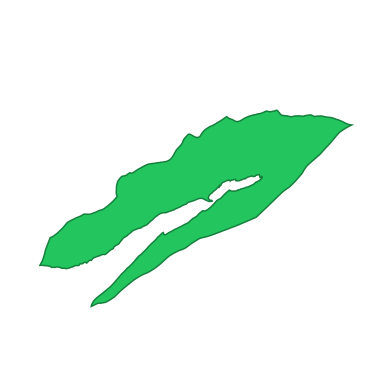 the district of Tálknafjarðarhreppur, Vestfirðir, Iceland, rotated 310°
{"feature_id": "244011B74336956547693", "entity_name": "Tálknafjarðarhreppur", "entity_type": "district", "adm_level": 2, "iso_a3": "ISL", "parent_name": "Iceland", "parent_adm1": "Vestfirðir", "projection": "robinson", "projection_center": [-23.889, 65.645], "detail": "fine", "context": "isolated", "style": "filled", "palette": "green", "viewbox_px": 384, "rotation_deg": 310, "n_neighbors": 0, "source": "geoboundaries", "source_scale": "gbopen_adm2", "svg_char_len": 6021}
<svg xmlns="http://www.w3.org/2000/svg" viewBox="0 0 384 384"><g transform="rotate(310 192 192)"><path d="M39.5,188.4L46.2,191.4L46.7,191.7L47.9,193.3L49.5,194.7L51.3,196.2L52.2,196.8L54.8,197.9L57.3,198.7L60.6,199.7L62.3,200.1L69.1,200.7L73.4,201.3L86.4,203.8L89.9,204.8L94.4,206.3L97.5,207.6L101.7,209.8L103.4,210.5L107.1,211.8L110.7,212.8L116.5,214.0L126.0,215.2L129.0,215.9L133.0,217.2L136.5,218.7L138.6,219.6L143.0,222.2L144.2,222.7L146.2,223.3L152.6,224.8L160.3,227.3L161.8,228.0L164.9,230.2L168.0,232.5L172.4,235.2L196.0,248.4L213.9,257.4L231.7,259.4L249.2,261.2L252.1,261.7L258.2,263.3L260.8,263.7L266.4,264.2L276.2,264.4L277.6,264.3L280.9,263.6L285.2,263.3L286.8,263.3L303.1,265.8L310.9,266.1L318.6,266.5L330.5,266.5L333.0,266.7L338.5,268.3L340.3,268.9L343.9,270.3L346.0,271.3L345.0,269.6L344.0,267.5L343.2,264.6L342.5,261.4L341.5,258.3L339.7,253.8L339.2,252.2L337.6,249.4L335.4,246.2L333.8,242.9L333.2,242.0L331.9,240.6L330.4,238.9L328.7,237.5L328.3,236.4L327.6,233.9L327.3,233.3L324.8,230.9L323.0,229.5L321.4,228.4L320.8,227.6L319.6,225.6L317.4,223.1L316.3,221.9L313.9,220.1L313.1,219.2L311.4,215.8L308.9,212.2L308.5,211.2L308.4,209.9L309.3,205.4L309.3,204.6L308.7,204.0L307.0,203.0L304.3,200.9L303.2,199.6L302.1,197.4L301.5,196.7L298.7,195.5L296.0,193.9L294.0,192.1L292.3,191.1L290.1,189.3L287.0,187.2L285.2,186.2L282.2,184.8L277.4,183.2L275.3,181.7L274.5,180.7L273.9,179.0L273.6,177.2L273.3,176.1L272.8,174.8L272.3,173.7L272.2,173.0L272.2,172.5L272.0,170.1L265.7,168.4L258.7,166.0L256.3,165.1L253.5,163.6L249.0,162.2L246.3,161.8L244.2,161.8L240.1,162.3L239.1,162.3L238.3,162.1L237.0,160.7L236.5,159.9L236.0,158.7L235.1,153.8L234.7,153.0L234.1,152.3L233.7,152.1L229.0,151.8L227.2,151.9L225.7,152.2L223.4,153.1L222.1,153.2L220.4,153.3L215.4,153.0L213.6,153.1L206.9,154.4L205.1,154.5L203.7,154.5L202.2,154.2L200.7,153.7L198.5,152.5L186.4,141.6L184.7,140.3L181.3,138.7L174.4,136.0L169.8,134.7L168.0,134.1L167.7,133.9L167.0,132.4L166.5,131.9L164.5,131.3L162.5,130.9L161.5,130.3L159.6,128.7L158.8,128.3L158.0,128.1L156.5,128.0L152.7,128.2L151.3,128.7L148.0,130.4L142.5,134.6L141.8,135.4L140.5,137.6L134.2,137.4L129.2,136.8L124.1,135.7L121.9,135.1L121.0,134.7L120.1,134.2L118.3,132.9L114.1,130.9L109.7,128.4L107.1,125.4L106.2,124.0L105.1,123.2L102.4,122.4L97.5,119.8L90.3,116.7L88.6,116.2L87.7,116.1L81.4,116.1L74.5,115.4L69.6,114.4L67.7,113.7L65.9,112.7L53.7,116.9L50.0,118.8L44.5,121.1L42.1,121.9L39.0,122.4L38.0,122.7L39.6,124.3L40.2,125.5L41.8,127.6L43.2,129.9L43.9,131.3L43.9,132.8L45.6,134.8L46.8,136.0L47.5,136.4L47.9,136.8L48.7,138.2L49.0,138.8L49.6,139.6L49.6,140.7L50.2,141.5L50.4,142.1L51.1,142.7L51.7,143.3L52.0,144.4L52.6,145.1L54.6,146.6L55.2,147.0L56.6,147.6L57.6,148.5L60.3,149.7L62.0,151.4L62.7,152.4L63.5,152.6L64.5,152.4L65.2,152.6L65.5,152.8L65.8,153.5L66.5,154.0L67.1,154.3L68.4,154.5L68.7,154.6L70.1,156.3L70.2,156.6L69.8,156.7L69.8,156.9L70.1,157.1L71.1,157.2L72.7,157.1L73.1,157.2L74.2,157.9L74.9,158.9L76.6,158.7L78.5,159.0L79.7,159.8L81.9,160.9L82.6,161.4L82.8,161.7L83.5,161.8L84.0,162.4L85.6,162.9L87.3,164.3L88.0,165.4L88.3,165.6L90.7,166.2L94.9,166.8L96.4,167.3L97.2,167.8L98.2,168.0L99.0,167.7L99.9,167.6L101.8,167.9L102.7,168.1L103.8,168.8L104.6,169.1L106.1,169.3L107.1,169.1L112.5,169.0L117.2,170.5L118.7,170.5L121.0,171.1L123.4,171.4L125.1,171.9L126.2,172.5L129.7,174.4L131.4,175.8L132.0,176.1L133.4,176.3L135.7,177.5L138.4,178.6L141.9,178.9L145.5,179.6L148.6,179.8L153.1,180.9L154.7,181.4L157.1,182.8L159.4,185.3L163.8,187.8L164.4,188.4L165.5,188.7L166.8,189.8L168.1,190.1L172.3,192.1L173.3,192.7L175.3,193.2L178.3,194.9L178.7,195.2L179.2,195.4L181.4,195.6L182.1,196.0L183.3,196.9L187.2,199.3L189.8,200.6L191.4,201.5L192.2,202.2L193.4,203.5L194.0,204.9L194.6,207.6L195.0,208.7L195.2,209.6L195.6,210.9L195.9,211.5L197.8,213.3L198.1,213.3L198.3,212.6L198.0,211.9L197.3,211.2L197.2,210.4L197.4,209.3L197.7,208.8L198.5,208.0L200.0,207.4L202.1,207.4L203.3,207.6L204.6,208.1L205.8,207.9L209.8,208.8L211.4,208.7L211.7,208.9L212.3,208.9L212.8,209.7L213.1,209.8L213.2,209.7L212.9,209.6L212.4,208.8L212.7,209.0L214.5,208.8L214.8,209.4L213.9,209.5L214.0,209.7L215.3,209.4L215.6,209.0L216.4,209.2L215.9,209.7L216.1,209.8L216.6,209.2L217.7,209.4L218.6,209.2L220.1,209.9L221.1,210.5L222.7,211.1L223.3,211.6L224.3,212.1L224.2,212.3L224.7,212.9L225.1,212.9L225.6,213.8L225.2,214.2L225.5,214.2L225.8,214.5L226.2,214.6L226.5,214.7L228.3,216.2L228.9,216.5L229.6,217.2L228.9,218.2L229.0,218.4L229.1,218.9L229.4,219.1L229.8,219.8L231.1,221.0L234.2,222.7L235.5,223.2L235.8,223.4L236.0,224.2L238.6,224.8L240.2,225.8L243.0,227.8L243.1,228.0L243.1,228.8L243.2,229.1L244.0,229.6L244.2,229.9L244.8,230.2L245.8,230.2L246.8,231.0L248.4,232.1L248.5,232.3L248.4,232.7L248.0,233.2L248.0,233.6L247.5,233.9L247.4,234.4L246.9,234.7L247.1,234.9L247.6,235.3L248.8,235.5L248.8,235.9L248.5,236.0L248.4,236.3L246.9,236.8L246.1,236.2L245.3,236.2L245.1,236.5L244.1,236.4L243.7,236.0L242.4,235.6L241.8,235.6L241.3,235.2L241.2,234.9L240.9,234.7L237.5,234.2L235.2,233.2L232.4,231.9L231.0,231.0L230.2,230.3L229.0,229.8L225.7,227.5L223.9,226.7L223.3,226.2L223.2,225.9L221.3,225.3L220.2,224.2L219.9,223.7L219.1,223.0L218.2,221.9L218.0,221.3L217.6,220.3L217.7,219.6L217.4,219.4L213.7,218.7L211.4,218.4L205.4,218.1L202.8,216.9L200.9,216.5L196.4,216.4L192.4,216.1L189.9,215.6L187.5,215.0L186.0,214.2L185.4,213.8L184.6,212.3L184.1,212.1L181.0,211.5L179.5,211.3L176.8,211.2L175.1,210.8L172.5,209.8L171.0,209.5L166.5,208.9L165.4,208.6L161.4,206.8L159.1,206.0L156.4,204.7L154.1,203.8L151.3,202.4L150.0,202.1L145.8,200.3L143.6,199.7L142.3,199.1L141.7,198.6L141.5,198.0L141.5,197.5L142.3,196.5L142.5,196.0L141.2,195.5L136.9,195.1L135.2,194.7L133.4,194.9L130.4,194.7L126.5,194.1L124.7,194.0L123.4,193.8L119.2,193.8L114.8,193.4L110.9,193.0L109.2,192.5L108.4,192.5L106.1,192.3L102.1,192.4L98.1,192.2L94.5,191.9L92.4,191.4L89.2,191.4L83.9,190.8L73.0,190.7L66.8,190.4L63.5,189.7L61.2,189.4L59.5,189.0L58.1,188.8L49.6,187.0L45.6,186.7L44.1,186.9L41.7,187.4L40.3,187.9L39.5,188.4Z" fill="#22c55e" stroke="#15803d" stroke-width="1.5"/></g></svg>